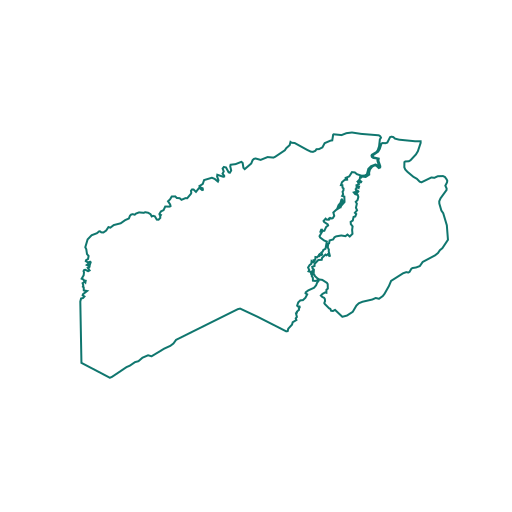 Lívingston, Izabal, Guatemala, rotated 332°
{"feature_id": "79465075B12175852129517", "entity_name": "Lívingston", "entity_type": "district", "adm_level": 2, "iso_a3": "GTM", "parent_name": "Guatemala", "parent_adm1": "Izabal", "projection": "orthographic", "projection_center": [-89.005, 15.735], "detail": "fine", "context": "isolated", "style": "outline", "palette": "teal", "viewbox_px": 512, "rotation_deg": 332, "n_neighbors": 0, "source": "geoboundaries", "source_scale": "gbopen_adm2", "svg_char_len": 6137}
<svg xmlns="http://www.w3.org/2000/svg" viewBox="0 0 512 512"><g transform="rotate(332 256 256)"><path d="M51.7,268.4L69.8,294.9L72.1,295.1L89.6,293.3L93.1,293.6L99.4,292.9L102.8,293.7L108.0,292.5L114.1,293.0L116.7,295.5L131.4,294.7L138.2,295.1L142.0,294.5L146.1,292.5L215.0,294.4L217.3,295.0L229.0,310.6L247.3,336.7L248.7,337.2L250.4,335.3L255.6,333.5L257.3,331.7L261.6,331.5L261.8,329.7L263.5,329.0L264.4,325.3L265.5,325.3L265.9,324.4L268.7,323.7L269.1,322.7L270.6,321.7L270.7,321.0L269.5,320.6L269.0,319.2L271.5,316.8L274.3,316.0L276.7,317.0L280.0,316.1L283.2,313.9L282.2,312.2L282.9,311.4L286.1,310.9L292.3,311.3L295.3,310.1L297.4,308.3L299.6,307.3L299.7,306.5L296.7,305.9L294.7,304.5L296.0,301.8L295.8,299.9L296.5,298.9L296.2,297.8L297.0,296.0L295.2,294.2L296.4,293.5L296.6,290.6L299.2,289.1L301.1,288.9L302.7,286.6L303.4,288.3L304.0,288.3L305.1,287.9L305.0,286.8L306.6,287.1L308.0,284.8L309.5,285.9L310.6,285.3L311.7,285.8L312.2,284.5L313.1,284.2L313.8,285.8L314.7,285.9L315.2,285.6L315.2,283.7L317.0,283.4L318.2,282.3L320.8,282.2L325.3,276.5L323.5,274.4L321.3,269.8L321.4,268.3L325.4,265.8L324.3,264.8L325.9,263.4L326.6,263.7L326.5,265.1L328.2,265.8L331.6,263.3L334.0,262.9L334.2,261.8L332.1,257.9L332.1,256.8L335.0,255.7L335.4,257.0L337.4,258.2L338.0,258.1L338.1,257.2L339.3,257.1L340.5,258.5L341.6,258.6L343.9,257.3L344.7,253.9L349.8,252.5L352.7,249.9L355.6,248.7L357.8,246.4L358.4,246.3L358.5,246.8L358.0,249.2L356.7,250.3L353.3,251.1L351.3,252.7L352.4,252.6L353.9,251.4L352.9,253.2L354.9,251.6L359.5,249.9L361.9,245.0L360.3,243.4L361.9,242.4L362.6,239.9L363.9,239.2L365.0,237.5L364.5,236.3L365.5,234.0L364.3,233.3L366.6,231.2L370.0,230.4L372.3,231.4L372.7,230.5L371.6,229.6L371.8,229.1L375.7,229.5L380.1,227.0L382.5,228.6L383.5,231.1L386.8,234.6L389.7,236.0L392.2,236.0L396.1,231.8L399.8,230.7L404.5,231.3L406.9,234.5L407.9,229.0L409.0,227.0L405.6,224.5L404.8,222.9L405.1,221.6L405.8,221.0L411.3,220.7L413.2,219.7L416.1,217.0L420.1,211.2L421.9,210.2L421.9,208.6L421.1,207.1L406.1,197.5L398.7,192.0L393.5,190.0L388.3,189.4L381.7,185.0L381.1,185.1L377.6,189.7L375.9,189.1L369.6,188.6L365.6,191.3L361.8,191.2L359.5,190.1L357.8,191.0L355.2,190.8L353.4,189.6L351.1,186.5L343.2,174.4L340.6,172.7L340.0,171.5L337.8,173.9L333.3,175.0L331.1,176.2L319.5,177.4L317.6,177.3L312.7,174.1L305.2,173.3L301.4,169.7L299.8,169.3L298.1,169.7L295.2,172.1L286.8,174.0L286.3,172.2L287.9,167.6L287.3,166.0L281.1,165.3L276.4,163.5L275.4,164.6L274.2,168.9L272.0,170.2L271.1,169.3L271.1,163.8L269.4,162.3L267.6,163.1L267.2,166.2L265.1,167.6L265.6,170.2L265.2,170.9L264.3,170.7L260.0,166.1L259.0,167.5L258.4,171.5L257.3,172.4L255.7,168.5L253.8,166.2L245.8,164.6L242.8,167.4L238.9,167.7L238.9,169.0L240.7,171.2L240.2,172.6L239.4,172.5L238.3,170.0L237.4,169.3L233.1,171.2L232.1,168.0L230.8,167.2L229.2,167.9L228.5,169.9L227.6,170.6L222.4,172.7L220.9,171.8L216.6,171.4L215.7,169.1L213.3,167.6L212.7,165.5L209.5,163.9L206.8,165.6L204.0,166.4L204.4,170.1L204.0,171.8L203.0,171.9L199.1,169.7L195.9,172.1L193.0,172.0L190.4,173.6L190.3,174.4L191.2,175.2L190.0,176.0L189.4,177.4L187.0,178.2L185.5,177.3L185.3,173.5L184.0,172.2L182.5,172.1L182.5,169.6L181.1,167.2L178.7,165.3L177.2,165.2L173.2,162.6L170.0,162.2L168.3,162.6L166.8,161.2L165.2,160.8L163.6,161.3L161.4,163.2L157.4,162.9L151.9,163.6L144.9,161.9L140.7,162.6L139.3,161.2L135.6,163.2L132.3,163.6L130.5,162.5L129.8,160.9L129.0,160.6L126.3,161.2L120.6,160.5L115.1,162.3L109.4,168.1L109.3,170.4L107.7,174.9L108.2,177.4L106.3,179.8L104.0,179.9L103.3,180.6L104.5,182.7L106.9,183.2L107.1,183.9L105.3,185.6L104.0,184.3L102.4,184.5L104.2,187.0L103.5,187.7L101.9,187.5L102.3,190.6L100.6,190.6L98.8,188.0L97.7,187.7L96.6,188.4L96.5,189.6L94.8,192.1L91.4,194.2L92.6,195.8L92.6,196.8L94.0,197.9L92.9,199.3L92.6,198.3L90.1,198.6L89.8,200.7L88.7,201.8L89.2,202.7L87.8,205.5L90.4,207.6L85.3,208.5L84.5,209.3L85.5,211.2L83.5,211.9L81.6,211.4L79.5,213.7L51.7,268.4ZM455.2,232.0L450.2,229.3L437.0,220.5L433.8,217.6L433.1,215.5L431.7,214.3L430.2,214.0L425.2,217.5L423.3,217.2L420.6,215.6L419.5,215.7L415.6,219.5L412.9,221.2L405.9,222.0L406.1,224.1L410.1,227.6L408.8,229.4L407.9,235.1L407.2,236.1L405.7,236.0L404.6,232.6L402.8,231.6L400.5,231.7L397.2,233.1L395.0,235.5L394.2,237.3L389.9,237.7L386.9,235.6L385.8,236.1L384.9,235.3L383.5,237.0L380.9,237.9L381.8,238.9L383.0,238.0L383.9,239.8L383.3,240.2L380.6,239.4L380.4,241.0L377.9,240.7L377.5,242.0L379.5,243.2L378.6,244.1L377.9,243.0L376.9,242.7L376.3,243.6L375.4,243.8L375.1,245.8L376.4,246.0L376.7,247.0L375.0,247.8L373.3,246.0L372.2,245.8L372.6,247.9L374.5,249.9L374.1,251.9L371.9,254.3L369.5,255.0L369.6,257.2L366.9,260.3L366.7,263.1L363.6,264.3L364.2,266.0L362.2,267.7L360.5,267.3L358.1,270.1L355.6,270.3L354.7,272.4L355.2,275.2L353.1,278.1L351.6,281.7L347.9,282.8L346.8,280.0L344.3,280.5L340.9,277.9L336.0,276.3L334.1,276.3L331.9,277.6L328.3,276.8L326.5,279.1L325.5,279.1L323.4,282.1L323.3,284.7L322.4,286.0L321.3,290.5L320.7,290.4L320.4,288.1L318.6,288.5L318.0,287.4L313.6,288.6L312.2,290.2L309.2,288.8L304.0,290.5L303.0,292.3L300.6,291.9L300.1,293.6L300.7,295.2L299.5,297.2L298.7,295.7L298.1,296.0L297.9,299.3L298.7,299.8L298.6,301.4L299.7,304.5L300.8,306.4L303.3,308.2L306.0,313.0L306.1,314.5L304.1,318.5L302.3,318.9L300.9,321.5L299.9,320.6L296.9,320.7L294.7,321.4L295.3,323.3L296.5,324.9L296.6,326.3L295.8,328.2L294.2,329.6L294.2,330.6L296.0,336.6L296.8,337.5L296.6,339.6L298.1,340.7L300.5,340.7L303.7,350.2L308.3,351.3L315.2,350.7L321.4,346.9L324.6,346.0L328.6,346.4L338.2,349.0L342.0,349.3L344.5,351.5L349.1,350.9L351.6,349.8L359.3,344.9L363.6,341.4L377.8,340.3L381.1,340.8L382.7,342.1L384.1,342.1L387.2,340.2L388.5,340.1L392.0,341.3L395.9,341.8L400.4,339.5L414.4,339.5L418.1,338.8L421.1,337.2L424.2,336.6L433.1,331.8L438.9,318.5L441.4,306.1L441.0,302.9L442.5,295.7L443.5,293.7L446.0,291.7L455.2,287.2L456.0,285.9L456.2,282.8L459.2,280.7L460.2,279.4L460.3,277.9L459.9,274.9L458.6,273.2L453.9,270.9L450.2,270.7L447.7,269.0L436.7,268.6L435.4,267.2L434.3,263.4L432.1,259.9L429.2,252.7L428.4,249.7L428.6,247.3L431.1,242.8L432.2,242.6L435.4,244.1L437.4,244.0L444.9,241.4L448.1,239.5L454.5,233.4L455.2,232.0Z" fill="none" stroke="#0f766e" stroke-width="2"/></g></svg>